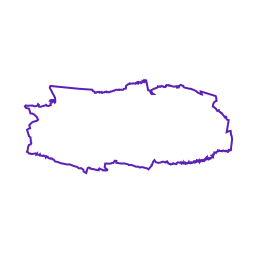 outline of UDA, Arges, Romania, rotated 280°
{"feature_id": "2599482B33003940641669", "entity_name": "UDA", "entity_type": "district", "adm_level": 2, "iso_a3": "ROU", "parent_name": "Romania", "parent_adm1": "Arges", "projection": "orthographic", "projection_center": [24.571, 44.88], "detail": "fine", "context": "isolated", "style": "outline", "palette": "violet", "viewbox_px": 256, "rotation_deg": 280, "n_neighbors": 0, "source": "geoboundaries", "source_scale": "gbopen_adm2", "svg_char_len": 5903}
<svg xmlns="http://www.w3.org/2000/svg" viewBox="0 0 256 256"><g transform="rotate(280 128 128)"><path d="M111.1,212.3L112.1,212.8L111.6,213.1L111.1,212.7L111.0,213.0L112.0,213.7L112.1,214.1L112.7,213.7L113.3,215.7L114.0,216.3L114.5,216.0L114.2,216.8L114.7,216.7L115.3,215.5L115.6,216.1L116.0,216.1L116.0,216.5L116.4,216.5L116.3,216.8L116.5,217.1L117.1,217.0L118.0,217.4L118.9,217.2L119.0,217.4L118.6,217.8L119.1,218.7L118.9,219.0L120.0,219.4L120.6,220.7L121.4,220.6L121.2,221.2L121.7,221.8L121.2,222.3L121.6,224.1L121.4,224.8L122.4,225.6L121.9,227.3L122.1,228.3L122.5,228.3L122.6,229.0L122.2,229.1L122.1,229.9L121.7,230.3L122.0,230.8L123.8,231.0L123.5,231.9L124.3,232.4L123.8,232.8L123.9,233.1L124.7,233.3L125.4,233.0L135.0,232.5L138.6,231.3L139.1,230.7L142.9,229.6L141.7,226.3L141.0,226.1L140.9,225.9L153.2,225.8L153.2,224.8L153.5,224.0L154.1,223.3L155.9,222.8L156.2,222.4L155.3,221.6L157.9,218.8L158.9,217.3L159.1,217.3L159.0,216.8L159.7,216.0L159.8,215.4L160.7,214.4L161.3,214.4L161.3,214.1L160.3,213.0L162.7,210.8L163.9,207.8L166.6,207.8L168.0,208.2L169.2,209.1L170.1,210.5L171.1,210.0L172.6,209.9L174.7,208.8L176.6,193.4L173.9,194.9L174.1,193.4L174.5,192.8L174.9,190.8L176.0,189.0L177.1,185.7L177.1,184.5L177.6,183.1L177.3,181.9L177.7,176.3L178.3,175.4L179.1,175.1L179.0,174.3L179.5,173.1L179.6,172.3L178.7,171.4L176.7,170.9L176.3,169.0L177.1,168.6L177.6,168.8L176.6,165.6L177.2,161.3L176.8,161.4L176.8,160.9L177.0,160.5L176.8,160.3L177.1,158.7L176.5,158.0L175.4,158.2L174.7,157.4L174.6,156.7L174.9,156.2L174.7,156.0L174.9,155.0L175.1,154.8L174.9,153.8L175.1,153.5L174.2,152.8L174.5,151.9L174.1,151.7L173.9,151.2L173.8,150.8L174.1,150.2L173.1,150.1L171.5,147.6L171.3,146.8L170.9,146.5L169.4,144.5L168.6,144.5L167.0,145.3L166.4,146.0L165.9,147.2L165.5,145.6L166.1,144.6L168.7,142.9L168.7,141.3L178.0,137.7L178.1,137.4L177.9,136.7L178.1,136.1L177.8,135.6L177.0,136.2L177.5,135.0L177.1,134.8L176.3,135.2L176.5,134.5L176.1,134.7L176.1,134.3L175.3,133.2L174.8,133.5L174.5,133.1L175.1,132.6L174.9,132.4L175.2,131.9L174.4,130.9L173.8,130.5L175.1,130.0L175.0,129.5L174.8,129.3L174.2,129.6L173.2,128.2L173.7,127.9L173.0,127.0L172.8,126.2L172.9,125.5L172.4,124.4L172.4,123.2L171.8,122.3L172.1,121.7L171.2,121.3L170.9,120.2L168.9,118.7L167.3,119.1L166.5,119.0L165.8,117.1L164.7,116.4L164.5,114.3L164.0,112.9L164.3,112.5L163.7,111.7L163.8,110.3L163.2,108.8L162.3,108.0L162.2,107.2L161.0,105.3L161.0,104.6L160.1,103.7L159.7,102.5L160.0,102.3L160.2,100.8L159.5,100.5L159.7,99.2L158.7,98.1L158.7,96.9L158.1,96.4L158.1,96.2L158.8,95.6L158.4,95.2L158.5,94.3L158.1,94.0L158.6,93.5L158.6,93.2L158.1,92.9L158.2,91.4L157.1,90.3L157.3,89.9L157.0,89.2L157.7,89.0L158.1,88.3L158.3,86.9L159.5,86.2L158.1,72.7L155.9,44.2L154.0,44.0L145.3,50.8L142.1,51.7L140.8,51.9L140.4,51.6L142.9,50.4L142.5,49.6L142.3,48.0L141.9,46.8L141.2,46.5L141.4,48.5L141.0,49.1L141.0,49.7L140.8,49.7L138.9,47.4L137.1,48.0L135.9,45.9L135.8,44.4L136.6,43.4L136.1,43.0L133.8,38.4L133.5,36.9L134.4,36.3L135.3,36.2L135.9,35.3L134.3,35.0L133.2,32.7L133.2,31.1L133.6,30.2L132.4,25.0L132.5,23.4L131.4,22.7L130.1,23.9L129.8,27.2L125.4,29.4L125.6,31.1L125.0,33.2L123.0,36.2L120.5,38.0L119.4,37.2L117.4,33.1L116.4,32.2L113.7,30.3L110.7,31.6L110.1,30.3L108.6,28.9L102.7,32.0L102.1,32.9L101.9,33.5L98.9,34.5L98.0,34.4L96.6,35.4L95.1,35.1L94.2,33.5L91.9,32.9L89.6,33.1L87.0,32.6L86.7,33.9L85.9,34.5L85.7,35.1L85.7,36.4L85.9,36.6L85.6,37.2L85.6,37.9L86.9,41.2L86.6,42.2L86.9,42.5L85.7,42.4L86.2,43.7L86.1,44.7L86.4,45.1L85.8,45.8L86.4,46.0L85.8,46.3L85.9,46.8L85.6,47.8L85.8,49.2L86.2,49.3L86.3,49.6L85.7,51.2L86.0,51.9L84.8,52.2L85.8,53.0L85.8,53.4L85.2,53.1L85.3,54.2L84.6,54.8L84.3,56.7L84.7,56.8L84.8,57.2L84.5,57.6L84.8,58.3L84.0,59.3L84.0,60.3L82.4,62.0L82.3,64.8L81.6,68.3L81.7,69.0L81.5,74.5L82.0,77.0L81.4,80.2L81.2,80.7L80.8,84.8L79.8,86.4L79.9,87.8L80.3,88.5L80.3,89.0L79.2,91.3L77.5,91.8L76.4,94.7L80.1,95.0L81.8,95.5L82.2,96.1L82.2,97.4L81.5,97.8L81.3,100.3L81.6,101.2L81.3,102.4L81.3,106.4L82.3,106.2L83.2,106.8L82.8,107.8L82.4,110.1L81.9,110.8L82.4,111.9L82.1,112.7L82.8,114.8L83.4,114.9L84.9,112.2L85.4,111.8L89.1,111.8L89.6,115.6L90.2,117.7L90.8,118.2L91.1,119.7L93.5,120.6L93.6,122.3L91.8,122.4L91.7,123.0L91.8,127.5L92.5,130.8L92.2,134.4L91.6,135.3L92.0,136.5L92.2,138.0L91.3,142.4L91.7,145.2L91.1,146.4L91.9,148.3L91.9,149.0L91.6,153.0L91.2,155.0L90.9,155.4L94.6,157.5L95.4,157.6L95.4,158.0L99.2,158.6L101.0,159.7L99.4,160.9L99.0,162.3L98.9,163.5L99.4,165.5L101.0,168.4L100.6,170.7L101.0,171.0L100.7,171.3L101.1,171.9L101.9,172.3L101.3,173.0L100.1,173.8L99.8,175.3L100.0,176.0L99.6,176.5L100.0,177.0L100.0,177.6L100.4,178.2L100.5,178.6L101.1,178.7L100.8,179.4L101.0,180.4L100.8,181.1L100.8,182.0L102.2,182.4L102.9,183.1L102.8,185.5L103.3,185.9L102.7,186.1L102.1,186.8L102.5,187.2L102.9,186.9L103.0,187.9L103.5,188.1L102.7,188.3L102.6,188.6L102.7,189.0L103.1,189.0L103.6,189.6L103.7,190.3L102.8,190.4L102.6,190.8L103.1,191.1L103.2,191.8L103.7,191.4L103.4,192.6L104.2,193.1L104.0,193.4L104.1,193.7L105.0,193.9L104.5,194.2L104.1,194.9L104.2,195.1L104.1,195.6L104.4,195.8L105.0,195.6L105.2,196.2L104.5,196.6L104.5,196.9L104.9,197.1L105.1,197.8L106.4,198.4L106.1,199.1L106.3,199.2L106.0,199.4L106.1,199.6L105.6,200.0L106.2,200.5L106.5,200.1L106.8,200.3L106.3,200.9L106.4,201.1L106.9,201.0L107.0,201.4L107.4,201.1L107.6,201.5L108.3,201.5L108.2,201.8L107.9,201.8L107.8,202.2L107.4,202.3L108.0,202.9L107.5,203.3L108.1,203.5L107.6,203.7L107.8,204.3L107.3,204.5L108.0,204.7L107.6,205.1L108.0,205.5L108.9,205.2L109.0,205.8L108.7,206.1L108.9,206.5L108.4,206.4L108.3,207.1L108.9,207.3L108.7,207.6L108.9,207.8L109.4,207.3L109.5,207.9L109.1,208.4L109.6,208.6L109.1,209.0L109.8,209.6L110.2,209.1L110.4,209.4L110.1,209.8L110.3,210.1L110.9,209.2L111.2,209.4L111.1,210.3L111.5,210.2L111.6,210.9L112.1,210.2L112.5,210.4L112.2,210.7L112.6,210.9L112.1,211.0L112.3,211.4L112.0,211.7L111.3,211.4L111.1,212.3Z" fill="none" stroke="#5b21b6" stroke-width="2"/></g></svg>